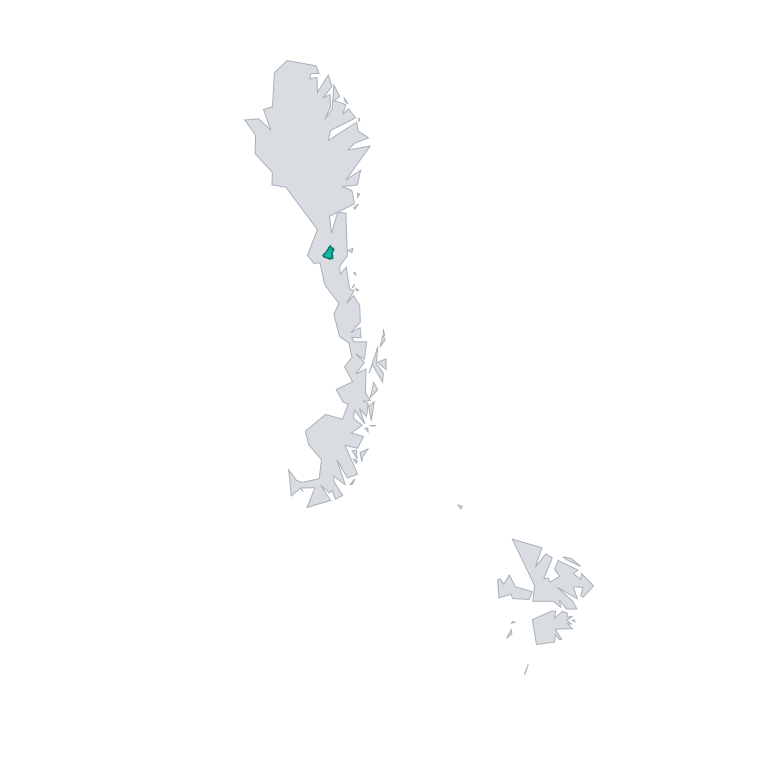 Grong nor, Nord-Trøndelag, Norway shown in context, rotated 143°
{"feature_id": "86288312B93862258107530", "entity_name": "Grong nor", "entity_type": "district", "adm_level": 2, "iso_a3": "NOR", "parent_name": "Norway", "parent_adm1": "Nord-Trøndelag", "projection": "orthographic", "projection_center": [12.349, 64.529], "detail": "fine", "context": "in_parent", "style": "filled", "palette": "teal", "viewbox_px": 768, "rotation_deg": 143, "n_neighbors": 0, "source": "geoboundaries", "source_scale": "gbopen_adm2", "svg_char_len": 5329}
<svg xmlns="http://www.w3.org/2000/svg" viewBox="0 0 768 768"><g transform="rotate(143 384 384)"><path d="M438.3,380.7L424.6,389.7L427.6,394.2L425.5,408.4L407.7,404.7L405.2,421.6L393.5,424.5L387.3,438.2L391.0,448.4L382.0,470.0L371.5,475.5L371.6,498.8L362.2,519.4L367.5,522.5L367.6,532.9L344.3,547.3L343.9,600.1L353.6,610.5L345.7,620.3L348.4,645.5L336.9,659.9L336.2,678.6L324.6,671.2L321.6,654.8L315.0,675.8L306.1,672.6L284.3,698.5L266.8,700.6L246.7,678.9L248.9,671.1L255.6,675.8L259.7,672.5L253.1,669.1L261.7,656.9L242.6,664.3L246.4,653.0L259.7,649.4L253.0,647.5L259.7,637.7L272.3,631.0L260.2,634.6L244.1,652.9L246.3,640.4L253.2,640.2L246.5,630.3L254.2,624.3L246.7,625.0L246.5,613.6L273.9,618.7L282.1,612.1L248.3,609.5L252.4,601.5L248.2,589.9L262.2,594.0L271.9,592.6L251.9,582.4L291.6,569.8L274.0,568.8L285.6,559.0L298.6,567.0L293.2,557.8L299.2,545.7L326.5,550.8L335.4,535.8L317.6,549.1L311.7,543.4L336.2,508.3L348.4,504.9L353.1,498.1L343.9,499.9L354.3,480.7L351.4,476.7L365.6,470.9L355.2,473.0L356.1,461.4L365.7,447.7L379.9,444.9L369.2,443.4L374.5,434.6L381.7,440.7L382.5,435.7L372.5,428.1L384.7,415.7L388.5,425.2L386.6,413.1L400.3,409.0L389.4,406.8L404.1,388.1L404.8,379.2L411.1,382.9L408.2,378.3L417.7,368.4L418.5,379.0L423.3,363.7L423.4,380.8L428.9,375.0L426.3,364.2L439.6,364.6L432.0,354.4L443.8,348.6L452.0,358.3L459.5,327.7L469.7,331.0L467.2,351.8L475.6,326.9L479.6,340.5L482.6,336.9L484.1,319.8L492.0,321.2L489.7,330.4L493.1,329.8L495.5,341.3L496.7,323.2L519.8,331.7L501.6,342.7L513.2,351.2L525.4,350.4L511.8,372.7L511.9,359.5L508.6,354.6L492.7,347.4L479.4,361.2L480.6,381.1L475.0,393.7L448.9,394.8L438.3,380.7ZM365.4,88.3L373.8,94.4L374.0,105.7L377.2,99.5L379.6,108.6L396.0,121.0L385.0,132.3L374.9,182.9L356.5,158.1L373.4,146.6L356.9,150.9L354.2,143.9L373.7,132.3L369.5,130.2L371.0,125.8L359.4,124.8L359.4,133.2L351.1,138.2L341.1,118.7L346.8,118.7L344.5,109.4L340.4,113.8L338.1,96.7L353.1,93.9L354.3,96.6L347.5,101.9L354.8,108.1L358.9,96.3L368.0,117.4L364.0,97.6L365.4,88.3ZM380.8,75.2L394.6,85.1L395.9,73.2L397.6,74.2L397.9,80.7L403.0,75.2L419.0,84.2L407.3,106.5L386.3,101.6L383.7,99.2L388.6,94.2L378.3,95.1L375.5,90.8L378.1,87.6L373.3,85.1L380.2,85.2L378.7,79.5L381.8,82.0L380.8,75.2ZM397.8,124.7L410.3,135.1L409.2,139.7L420.9,144.1L411.0,159.3L408.5,158.6L408.9,151.9L398.8,156.1L401.1,142.9L390.7,128.9L397.8,124.7ZM381.6,406.5L389.4,401.6L366.4,417.6L377.9,405.1L378.0,393.1L384.1,386.3L381.6,406.5ZM392.6,383.2L403.2,381.4L391.3,391.5L392.6,383.2ZM402.5,375.7L416.2,362.5L409.6,375.6L402.5,375.7ZM336.7,119.9L343.5,132.8L345.1,138.4L339.5,132.0L336.7,119.9ZM373.6,394.5L376.0,405.2L367.2,402.9L373.6,394.5ZM448.6,335.2L444.3,343.7L436.1,341.8L444.7,338.8L448.6,335.2ZM450.5,340.5L449.6,349.8L445.9,347.9L450.5,340.5ZM356.4,418.6L364.9,416.0L355.8,423.3L356.4,418.6ZM445.9,68.0L437.4,73.4L446.1,67.4L445.9,68.0ZM432.5,107.3L439.1,107.3L430.1,111.2L432.5,107.3ZM464.2,325.9L469.4,322.8L471.6,324.2L464.2,325.9ZM453.9,337.5L453.6,342.5L451.3,338.7L453.9,337.5ZM425.4,355.4L425.9,360.2L423.4,358.8L425.4,355.4ZM397.8,238.1L397.7,242.7L395.0,239.3L397.8,238.1ZM426.6,116.4L423.5,116.5L422.8,114.8L426.6,116.4ZM330.6,508.2L332.4,512.2L327.2,511.1L330.6,508.2ZM415.3,355.6L418.4,357.1L420.5,359.6L415.3,355.6ZM374.5,79.2L375.9,82.1L374.1,81.1L374.5,79.2ZM302.0,543.0L295.8,543.1L302.4,541.1L302.0,543.0ZM292.7,549.0L290.1,552.2L289.2,550.4L292.7,549.0ZM354.4,424.4L351.5,428.2L354.6,421.8L354.4,424.4ZM245.1,631.8L243.7,637.0L244.0,630.0L245.1,631.8ZM349.1,477.5L347.7,474.3L349.6,474.5L349.1,477.5ZM513.2,346.5L513.6,350.4L513.2,349.8L513.2,346.5ZM350.7,480.5L347.4,481.2L351.4,479.8L350.7,480.5ZM341.0,487.8L341.3,490.9L339.7,489.9L341.0,487.8ZM245.8,608.9L243.9,612.0L244.5,609.3L245.8,608.9Z" fill="#d9dde1" stroke="#a8b0b8" stroke-width="1"/><path d="M355.5,521.7L352.9,518.0L352.8,517.9L352.5,517.4L352.6,517.2L352.4,517.1L352.2,517.0L352.2,516.9L351.9,516.9L351.7,516.7L351.8,516.7L351.8,516.4L351.7,516.3L351.4,516.4L351.3,516.2L351.2,516.3L351.0,516.5L350.9,516.6L350.7,516.6L350.3,516.3L349.9,516.1L349.6,515.9L349.6,515.7L349.8,515.6L349.8,515.4L348.5,515.5L349.2,515.8L349.1,516.0L348.9,516.0L348.7,516.3L348.6,516.5L348.5,516.8L348.4,516.8L348.2,516.9L348.3,517.0L348.2,517.1L348.1,517.3L347.8,517.7L348.3,518.1L348.2,518.2L347.7,518.6L347.5,518.9L347.4,518.9L347.3,519.0L347.2,519.2L347.1,519.3L347.1,519.5L346.7,519.5L346.4,519.8L346.4,520.0L346.2,520.3L345.9,520.3L345.6,520.4L345.2,520.7L345.0,520.8L345.0,521.0L344.6,521.3L344.4,521.5L344.4,521.4L344.2,521.3L344.0,521.2L344.0,521.3L344.0,521.5L343.8,521.5L343.7,521.5L343.8,521.5L343.7,521.6L343.8,521.6L343.7,521.7L343.8,521.8L343.6,522.1L343.3,522.2L343.2,522.2L343.2,522.3L343.1,522.5L343.4,522.8L343.5,522.8L343.6,522.7L343.6,522.8L343.8,522.9L343.8,523.0L343.7,523.0L343.8,523.0L343.7,523.1L343.8,523.1L343.8,523.3L343.7,523.4L343.7,523.5L343.6,523.8L343.6,524.0L343.7,524.3L344.1,524.7L344.2,525.3L344.0,526.0L343.7,526.5L343.8,526.5L344.0,526.4L344.3,526.4L344.5,526.3L344.9,526.3L345.0,526.3L345.1,526.2L345.3,526.2L345.3,526.3L345.5,526.2L345.8,526.2L346.1,525.9L346.3,525.9L346.5,525.8L346.8,525.6L347.0,525.3L347.2,525.1L347.3,525.0L347.3,524.8L347.6,525.0L347.8,525.2L348.1,525.1L348.9,525.1L349.0,525.1L349.1,524.9L349.4,524.6L350.7,524.1L353.1,523.9L355.2,523.6L355.5,521.7Z" fill="#14b8a6" stroke="#0f766e" stroke-width="1.5"/></g></svg>